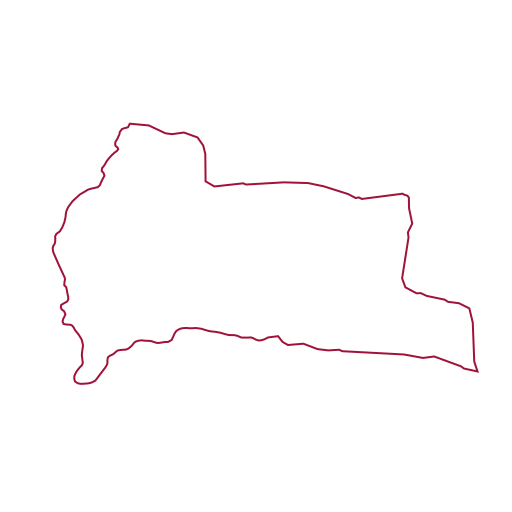 outline of Jerez, Jutiapa, Guatemala, rotated 80°
{"feature_id": "79465075B56030865521274", "entity_name": "Jerez", "entity_type": "district", "adm_level": 2, "iso_a3": "GTM", "parent_name": "Guatemala", "parent_adm1": "Jutiapa", "projection": "natural_earth1", "projection_center": [-89.76, 14.081], "detail": "fine", "context": "isolated", "style": "outline", "palette": "rose", "viewbox_px": 512, "rotation_deg": 80, "n_neighbors": 0, "source": "geoboundaries", "source_scale": "gbopen_adm2", "svg_char_len": 2896}
<svg xmlns="http://www.w3.org/2000/svg" viewBox="0 0 512 512"><g transform="rotate(80 256 256)"><path d="M264.3,102.6L259.1,102.3L251.2,96.5L235.6,97.0L225.0,95.3L222.9,96.4L221.5,99.2L220.1,100.8L218.2,141.9L216.2,144.5L216.2,147.8L211.0,154.5L199.1,177.3L193.2,192.1L188.3,215.8L183.9,253.4L182.2,256.0L180.3,284.9L173.7,292.7L146.7,288.2L138.0,288.8L129.1,293.0L121.9,305.5L121.4,317.6L119.4,323.9L108.8,338.9L103.8,357.3L107.0,359.7L107.3,363.5L107.7,365.9L110.2,368.6L112.7,369.5L114.5,370.8L116.7,372.3L119.2,374.6L121.3,375.3L123.4,375.1L125.1,373.5L127.0,373.2L128.4,374.8L129.8,377.6L131.7,380.6L134.3,383.9L136.5,386.4L139.6,388.9L141.2,390.5L142.7,392.3L145.4,393.2L147.8,391.7L150.6,391.3L152.6,392.9L156.9,396.1L159.0,397.3L160.7,399.8L160.9,402.8L161.0,405.0L161.2,408.1L161.6,410.3L162.7,413.0L164.8,418.7L169.1,425.5L170.4,427.4L172.7,429.8L175.3,432.5L177.5,434.1L179.4,435.2L181.3,435.9L185.2,437.0L187.3,438.0L189.2,438.7L192.3,440.6L194.4,442.0L197.7,444.9L199.6,448.8L201.8,450.4L203.6,450.6L206.8,451.2L209.1,452.2L210.9,453.9L212.9,454.9L215.6,455.0L217.5,454.9L229.5,452.0L244.2,448.1L245.9,448.2L248.6,449.2L251.5,449.9L253.8,448.3L257.2,448.2L261.0,448.2L263.7,448.0L266.3,448.5L268.0,449.9L269.1,453.0L270.3,456.3L272.3,457.1L274.8,456.7L277.0,454.6L280.3,453.8L283.0,455.6L284.4,456.8L287.1,457.9L289.5,457.3L290.5,454.7L291.5,450.7L292.6,449.1L294.9,447.9L297.5,447.1L300.4,445.5L302.6,444.3L306.4,442.8L308.1,442.2L310.6,442.0L312.7,441.9L314.5,442.0L317.4,443.0L319.4,443.6L323.2,444.7L326.0,444.9L328.9,445.0L331.2,445.1L333.4,446.5L335.1,448.9L337.4,451.6L339.1,453.2L340.9,454.6L342.7,455.7L345.3,456.3L348.2,456.0L350.3,453.7L351.3,451.4L351.8,448.6L352.3,443.4L352.1,439.9L350.9,436.0L349.5,434.4L346.8,431.5L339.2,423.3L336.5,421.2L334.8,420.7L332.9,420.5L330.0,419.4L328.8,417.0L327.9,413.7L326.9,411.9L325.8,410.3L325.0,408.4L325.1,404.4L325.6,400.6L325.1,398.1L324.3,396.3L322.6,393.7L320.1,390.9L319.3,388.9L319.0,386.0L319.2,383.3L320.1,380.2L321.0,376.0L321.7,373.8L322.6,372.1L324.1,369.4L324.7,367.3L324.8,365.1L324.9,360.0L325.4,357.7L324.1,353.7L321.6,351.9L318.4,349.8L316.2,347.8L315.1,345.5L314.4,342.7L314.4,340.2L314.8,336.8L315.6,334.2L316.1,331.2L316.5,327.6L317.4,324.8L318.3,322.2L319.4,320.1L320.7,317.5L321.6,315.7L322.5,313.2L323.3,310.2L324.2,307.5L325.1,305.2L325.9,303.3L327.2,300.8L329.1,296.6L329.8,293.1L330.2,291.1L331.3,288.3L332.6,286.4L333.7,284.7L334.2,282.4L334.9,278.6L335.3,275.1L336.8,272.5L338.2,270.9L339.7,268.0L339.9,265.2L339.5,262.2L338.3,258.2L338.8,248.2L345.2,244.8L349.2,240.0L350.6,224.6L358.4,211.5L361.5,201.3L362.8,190.3L364.7,187.7L378.7,127.3L385.4,109.2L385.9,98.0L398.9,75.6L400.3,73.2L402.9,70.8L408.2,57.9L398.0,59.4L359.2,54.1L344.6,55.0L337.7,64.4L334.5,74.8L331.7,77.9L324.9,94.9L321.2,100.1L320.6,104.4L312.8,114.3L303.4,116.0L264.3,102.6Z" fill="none" stroke="#9f1239" stroke-width="2"/></g></svg>